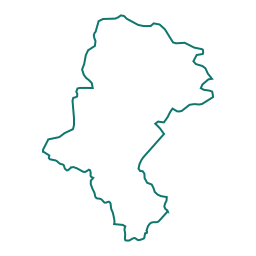 outline of Silesian
{"feature_id": "POL-3146", "entity_name": "Silesian", "entity_type": "Voivodeship", "adm_level": 1, "iso_a3": "POL", "parent_name": "Poland", "parent_adm1": "", "projection": "mercator", "projection_center": [18.978, 50.212], "detail": "fine", "context": "isolated", "style": "outline", "palette": "teal", "viewbox_px": 256, "rotation_deg": 0, "n_neighbors": 0, "source": "natural_earth", "source_scale": "10m", "svg_char_len": 2375}
<svg xmlns="http://www.w3.org/2000/svg" viewBox="0 0 256 256"><path d="M167.9,211.9L167.4,211.7L166.9,212.0L166.6,212.6L159.0,221.0L158.3,221.6L157.1,222.1L156.2,222.2L153.5,222.2L151.8,222.5L150.4,223.2L149.1,224.5L147.9,226.4L146.5,230.7L146.7,230.9L147.0,231.3L147.1,231.9L146.9,232.8L146.5,233.1L145.5,233.1L145.2,233.2L144.6,235.8L144.4,237.5L143.7,238.6L141.0,239.6L138.9,240.1L137.9,240.0L137.1,239.6L135.4,238.3L134.6,238.0L132.7,238.5L129.3,240.5L127.1,240.6L125.4,240.3L124.9,238.8L125.2,234.4L125.0,232.4L124.6,230.6L124.5,228.7L125.3,226.4L122.7,224.9L114.1,224.1L114.5,221.8L114.2,219.0L113.0,213.3L112.6,212.1L111.5,209.7L111.1,208.4L110.6,203.8L110.2,202.7L108.9,201.7L107.5,202.0L106.2,202.6L104.9,202.7L103.8,202.0L102.1,200.0L100.9,199.1L99.7,198.7L97.0,198.4L95.8,197.6L95.3,196.6L94.4,192.7L92.3,188.4L90.8,184.3L90.8,180.7L93.2,177.9L90.9,176.6L90.5,175.0L90.7,172.9L90.2,170.4L88.9,169.7L85.4,171.9L83.4,171.9L76.9,168.3L73.5,167.1L70.0,167.5L70.4,167.6L70.5,167.7L70.6,168.0L68.1,170.1L66.9,170.4L65.1,168.9L64.6,168.0L64.0,165.9L63.7,165.2L62.6,164.4L60.6,164.0L59.6,163.5L56.8,161.1L55.5,160.4L49.9,159.3L48.8,158.0L49.3,155.5L44.2,152.2L43.0,151.8L43.1,149.6L48.3,139.4L59.3,137.1L64.6,133.1L73.0,129.1L74.0,125.1L74.0,118.2L72.5,100.6L73.3,97.8L75.2,97.4L77.1,96.5L77.3,94.0L76.3,91.6L77.5,88.5L80.0,87.9L92.7,88.0L91.8,83.1L88.9,80.1L86.1,77.9L83.8,74.8L82.1,69.5L84.2,63.9L85.8,55.2L88.1,50.3L94.9,45.9L95.5,41.0L94.4,38.4L93.8,35.3L94.5,33.1L95.6,31.8L98.6,21.2L103.0,19.0L115.3,18.6L118.2,17.3L120.9,15.4L124.0,16.0L126.7,18.7L138.1,24.9L143.8,26.1L150.7,26.0L153.7,23.4L159.6,24.5L164.9,29.3L173.0,42.4L176.0,43.3L184.7,42.8L194.2,47.6L201.7,49.1L202.8,49.7L203.1,51.2L203.1,52.9L202.7,54.0L196.7,55.0L193.4,61.2L195.9,64.1L202.4,66.0L205.4,68.3L207.9,73.7L212.0,78.8L208.5,79.3L202.5,84.4L200.8,88.2L203.8,89.8L209.8,90.7L212.2,91.7L212.8,94.6L213.0,97.1L202.0,104.0L199.2,104.5L194.3,104.1L189.5,104.8L181.8,110.9L179.6,111.4L177.3,111.4L172.5,108.6L170.1,112.1L167.7,117.0L163.9,122.4L158.1,121.6L155.3,123.7L160.0,128.4L164.0,134.0L143.3,157.3L141.4,160.1L139.5,164.1L138.5,168.7L140.2,171.0L142.6,171.2L144.4,173.6L144.6,178.1L147.2,182.8L151.7,184.5L153.4,187.8L154.8,192.0L157.6,194.6L160.9,196.1L166.8,197.1L166.5,200.7L165.0,203.7L164.3,206.5L165.4,209.0L167.4,210.4L167.9,211.9Z" fill="none" stroke="#0f766e" stroke-width="2"/></svg>